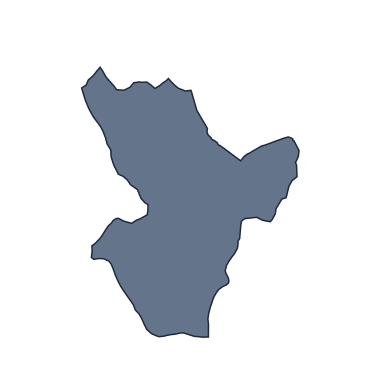 Jabal Eyal Yazid, Amran, Yemen, rotated 345°
{"feature_id": "15242507B22949154068881", "entity_name": "Jabal Eyal Yazid", "entity_type": "district", "adm_level": 2, "iso_a3": "YEM", "parent_name": "Yemen", "parent_adm1": "Amran", "projection": "robinson", "projection_center": [43.88, 15.77], "detail": "fine", "context": "isolated", "style": "filled", "palette": "slate", "viewbox_px": 384, "rotation_deg": 345, "n_neighbors": 0, "source": "geoboundaries", "source_scale": "gbopen_adm2", "svg_char_len": 2592}
<svg xmlns="http://www.w3.org/2000/svg" viewBox="0 0 384 384"><g transform="rotate(345 192 192)"><path d="M198.6,76.3L196.0,77.8L191.2,79.4L191.1,79.5L190.7,79.7L189.5,80.4L188.8,80.7L188.5,80.9L188.4,80.8L183.0,82.4L180.1,78.1L176.9,74.2L171.8,73.0L169.2,72.0L164.0,71.4L159.2,74.8L156.1,75.4L152.6,76.1L145.7,73.7L144.0,69.4L141.2,63.8L139.9,61.1L138.6,58.4L137.2,52.7L135.5,47.7L131.5,50.5L126.5,54.2L125.9,54.5L122.0,56.4L120.8,57.0L117.4,61.3L112.3,63.0L112.5,69.9L112.7,75.6L113.5,81.5L113.9,84.6L115.2,90.2L116.0,93.3L117.3,96.9L118.5,99.7L120.6,105.2L121.8,110.5L122.5,117.5L122.4,123.3L124.4,130.4L123.0,137.0L123.2,142.6L123.5,146.2L124.6,151.6L125.4,155.7L129.5,159.0L131.1,161.3L132.6,163.5L134.5,169.0L137.9,173.2L139.8,175.4L139.9,175.5L141.1,185.0L143.7,190.1L146.2,192.8L145.2,196.6L144.1,199.5L142.9,202.4L137.5,203.8L134.6,204.5L131.2,204.8L125.6,206.6L122.6,204.9L121.3,204.1L118.6,202.5L114.2,198.5L112.0,198.0L108.3,199.2L106.1,201.2L102.1,203.2L91.8,212.6L85.5,216.4L81.4,218.1L80.2,223.3L79.1,226.1L77.9,229.1L79.7,231.6L84.6,232.1L89.2,233.5L93.8,237.2L95.3,240.7L96.0,246.3L96.5,252.9L97.0,256.0L97.5,259.0L98.7,264.5L100.3,269.6L102.2,274.8L104.2,280.2L105.2,283.0L106.2,285.9L106.7,291.3L109.2,295.9L110.7,301.3L111.1,304.3L111.6,307.4L112.5,311.9L112.7,313.0L116.2,318.3L120.5,321.8L122.9,323.3L127.8,324.0L130.8,324.0L133.8,324.2L136.6,324.6L139.4,325.0L144.6,325.2L147.6,326.1L152.0,328.9L157.2,332.2L160.0,333.1L164.5,334.9L170.3,336.3L170.7,334.8L173.6,324.4L174.5,318.7L176.6,313.8L178.1,311.2L179.5,308.6L181.4,305.8L184.5,301.0L186.4,298.6L190.3,294.8L192.8,293.0L194.7,292.3L197.5,291.2L201.1,290.7L203.6,289.4L204.4,288.1L204.8,285.9L204.7,283.6L203.8,279.8L203.7,276.7L206.3,271.9L210.2,268.0L214.3,264.6L216.7,262.9L220.9,258.6L222.3,255.9L223.3,253.1L223.6,251.6L226.0,249.3L230.7,236.3L232.4,232.8L236.2,231.4L248.0,233.2L248.0,233.3L252.1,236.9L252.6,237.4L256.1,239.2L260.0,241.0L262.4,239.3L263.0,238.6L266.6,234.9L269.0,229.7L277.0,222.1L281.3,221.9L282.9,219.5L283.1,218.8L287.2,211.4L291.6,207.0L297.4,204.4L300.0,192.8L299.5,190.2L300.2,189.7L303.9,185.2L306.1,179.6L305.6,177.3L303.7,168.8L302.9,168.4L303.0,166.6L299.9,164.1L299.1,163.8L295.8,163.7L285.2,164.6L274.8,165.6L271.2,165.6L270.6,165.7L255.2,169.9L255.2,169.7L254.7,169.9L251.1,171.4L248.6,173.4L247.0,174.4L231.1,154.3L230.6,154.3L229.5,152.9L229.2,151.0L226.6,147.8L224.5,146.0L224.5,144.6L222.2,140.8L222.0,138.1L223.3,134.5L217.8,114.5L217.4,94.0L217.2,93.5L211.7,92.7L205.6,88.2L202.8,84.2L200.6,80.4L198.6,76.3Z" fill="#64748b" stroke="#1e293b" stroke-width="1.5"/></g></svg>